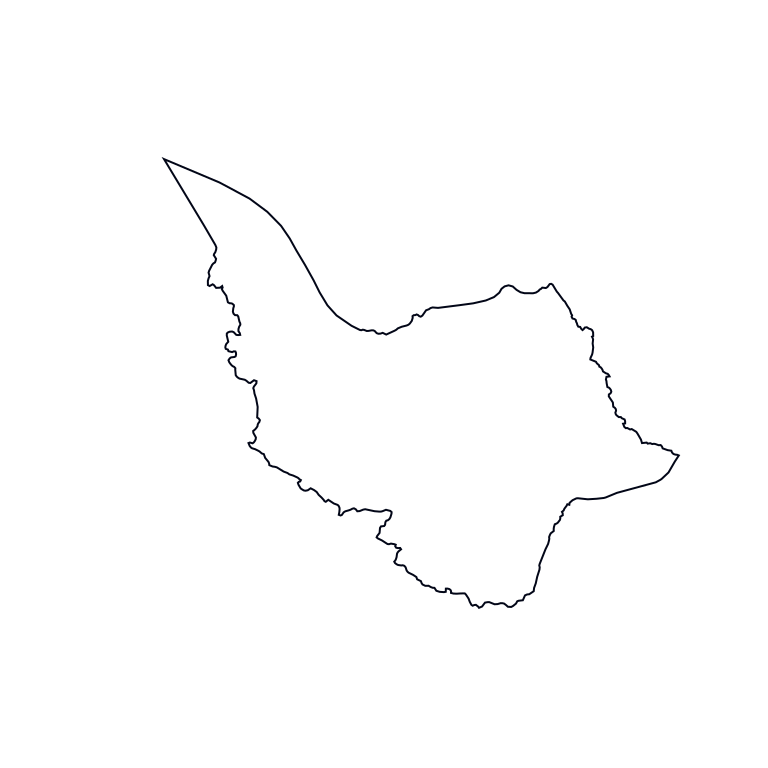 outline of Nyakach, Nyanza, Kenya, rotated 26°
{"feature_id": "3690345B60685501176062", "entity_name": "Nyakach", "entity_type": "district", "adm_level": 2, "iso_a3": "KEN", "parent_name": "Kenya", "parent_adm1": "Nyanza", "projection": "mercator", "projection_center": [34.915, -0.319], "detail": "fine", "context": "isolated", "style": "outline", "palette": "ink", "viewbox_px": 768, "rotation_deg": 26, "n_neighbors": 0, "source": "geoboundaries", "source_scale": "gbopen_adm2", "svg_char_len": 6164}
<svg xmlns="http://www.w3.org/2000/svg" viewBox="0 0 768 768"><g transform="rotate(26 384 384)"><path d="M609.4,504.6L608.3,501.5L607.8,496.7L606.2,490.1L605.1,482.7L604.3,480.5L603.1,479.0L602.8,477.5L601.6,461.8L601.6,455.8L600.9,452.3L600.4,450.6L599.5,449.2L599.3,447.3L599.3,445.2L601.0,441.7L600.0,439.8L599.4,437.9L599.0,435.2L600.3,433.8L601.0,432.5L601.7,429.1L601.4,427.6L600.6,426.0L602.2,423.6L601.2,421.8L600.0,420.9L600.9,418.9L600.8,417.0L601.5,413.4L601.5,411.7L603.5,411.3L602.9,409.4L604.4,405.8L607.0,402.5L608.3,401.7L617.7,398.3L625.3,394.0L631.5,390.1L633.0,388.8L641.1,379.7L671.4,353.2L674.5,348.8L675.2,347.5L678.5,338.8L679.4,326.2L680.3,319.0L678.6,319.1L676.6,319.8L674.8,320.0L672.9,319.3L671.5,318.0L668.0,319.1L662.7,319.7L661.2,318.3L659.4,317.6L657.7,318.6L654.2,319.0L652.8,319.4L651.4,320.4L649.3,320.5L647.1,322.0L645.8,321.5L641.8,324.0L639.3,321.3L633.5,317.4L631.7,316.4L626.4,315.9L625.1,317.0L621.9,316.9L620.7,317.7L618.8,317.2L616.3,314.9L618.0,313.7L617.0,311.7L615.8,310.4L612.7,310.5L611.4,309.9L609.5,310.8L606.5,310.1L605.4,309.4L604.5,308.3L604.3,306.3L603.4,305.0L601.9,304.2L600.0,303.9L597.8,300.3L591.5,296.6L590.7,294.8L591.7,293.1L591.7,291.3L590.6,290.0L589.3,289.2L587.9,288.7L586.1,288.8L583.7,285.6L582.6,283.8L581.5,282.7L580.8,280.0L583.4,278.3L582.1,277.4L580.6,276.8L578.7,277.1L575.3,276.7L574.4,275.7L573.0,274.7L571.4,274.0L569.9,274.0L569.1,272.9L566.2,272.1L564.8,271.1L558.7,271.5L558.2,270.1L558.1,266.2L557.7,264.4L556.0,259.4L553.8,256.2L552.4,252.3L551.4,251.2L550.2,250.3L551.0,249.2L549.3,245.9L547.5,244.4L545.8,244.1L544.1,244.4L541.4,244.1L539.7,245.3L539.4,247.2L538.8,248.5L537.0,247.9L535.3,246.7L533.5,247.3L531.9,246.2L530.8,244.9L529.4,243.8L528.3,242.4L526.8,242.1L524.7,242.5L523.1,241.3L523.0,239.8L521.5,238.9L518.2,235.5L514.4,233.3L510.4,230.6L508.6,230.2L500.5,225.9L498.8,225.2L492.0,220.8L490.3,220.7L489.1,221.6L488.4,225.2L487.4,226.8L484.0,228.0L483.4,229.7L482.5,230.9L482.1,232.6L480.5,235.2L478.2,237.1L470.4,240.8L466.5,241.7L461.9,241.3L457.0,239.9L452.7,240.7L449.6,243.4L447.9,246.9L447.6,251.4L444.8,257.6L438.9,264.3L428.8,272.4L417.1,280.2L399.2,291.9L394.1,293.9L392.5,295.4L391.6,297.1L389.5,299.3L388.5,305.7L387.5,307.4L385.9,307.6L384.4,307.1L382.8,307.2L382.0,308.3L380.5,309.2L379.9,310.5L380.8,312.0L381.3,315.1L380.7,318.4L380.0,320.0L378.7,321.5L374.8,324.8L372.0,328.0L371.3,329.8L370.2,331.4L364.3,338.6L360.4,338.6L358.7,340.3L356.9,341.3L355.1,341.5L352.3,340.4L350.8,340.5L349.3,341.2L346.9,343.0L345.3,343.9L342.5,344.1L341.1,344.5L340.2,345.5L338.8,346.0L329.3,345.9L311.3,343.2L298.7,338.1L286.0,329.9L275.3,321.7L260.8,311.6L246.7,302.4L235.4,294.5L222.2,287.0L203.6,280.4L181.9,276.3L147.8,275.0L87.7,278.3L152.8,320.5L171.5,333.0L173.5,334.8L174.2,336.7L174.4,338.1L174.6,339.7L174.3,341.3L174.5,342.8L178.2,345.1L178.6,346.9L178.8,348.8L177.8,350.4L177.3,352.2L177.2,358.9L177.5,360.8L179.9,363.5L180.0,365.9L180.5,368.6L182.4,372.3L184.3,372.4L186.3,369.5L187.9,369.7L191.0,371.2L194.4,369.3L195.6,366.9L196.7,368.1L196.6,369.7L198.1,370.9L203.5,373.8L207.9,379.0L209.9,379.1L211.2,378.5L212.5,378.3L214.5,378.9L215.1,380.2L215.3,381.9L216.5,385.3L218.0,386.8L219.9,387.4L222.0,386.5L223.4,387.2L226.7,391.3L228.1,392.4L228.9,393.7L228.7,396.0L229.1,398.4L230.0,400.3L232.1,401.5L233.2,402.9L231.4,404.0L229.7,404.6L226.2,403.3L224.5,403.4L222.3,404.7L221.1,406.1L220.6,407.5L221.4,409.3L225.5,414.3L224.7,417.2L224.8,418.9L225.3,420.6L226.4,421.8L228.6,421.5L229.8,422.7L233.5,421.9L234.7,420.5L236.2,419.9L237.3,420.9L238.2,422.5L238.5,424.2L237.7,425.3L234.9,427.1L234.1,428.6L233.8,430.8L235.4,432.3L236.9,433.1L238.9,434.0L240.3,434.3L241.9,434.3L243.5,435.0L244.0,436.3L246.9,441.1L248.4,441.9L249.8,442.3L251.7,442.5L257.0,441.2L258.9,441.4L261.8,442.2L263.4,441.7L265.5,437.6L268.2,437.3L269.0,439.4L268.2,443.3L268.3,445.0L269.9,446.6L271.8,449.4L275.4,453.1L280.5,460.0L284.7,469.7L286.6,470.0L288.3,470.9L288.6,473.0L288.2,474.5L288.3,475.9L288.8,477.5L288.6,479.1L288.1,481.2L287.0,483.6L288.0,485.2L292.3,488.2L292.9,489.9L292.9,491.7L292.6,493.5L291.9,494.9L289.1,495.4L288.1,496.5L290.5,498.6L292.2,499.4L293.5,499.6L296.7,499.1L300.0,499.1L301.7,499.2L304.6,500.0L306.7,499.7L309.6,502.5L314.4,504.7L315.6,505.8L316.5,507.2L320.0,507.0L322.1,506.3L324.2,505.9L332.2,506.7L336.3,506.3L338.5,506.7L342.5,506.1L346.8,506.0L348.2,506.1L349.9,506.7L351.4,506.8L351.4,508.3L350.3,509.3L349.9,510.6L351.4,512.1L354.9,514.4L357.0,514.7L358.7,514.8L360.3,514.3L362.1,512.9L363.8,509.9L367.7,510.0L370.9,510.6L373.9,512.3L377.6,513.4L380.6,514.6L381.9,515.4L383.3,515.4L384.7,512.5L391.3,513.4L395.3,513.0L396.6,513.4L398.1,514.6L398.9,515.8L400.1,519.0L400.7,521.4L402.6,521.2L403.5,520.2L404.0,517.0L405.0,515.4L407.5,513.2L409.0,511.7L410.2,510.0L411.5,508.9L413.6,509.0L415.8,510.1L417.8,508.9L420.4,506.0L422.0,504.8L431.2,502.5L435.6,500.8L437.1,500.1L438.4,499.0L440.9,496.2L445.3,495.3L447.0,495.8L447.6,497.3L448.2,501.1L448.0,503.1L447.2,504.8L446.0,505.8L445.8,507.5L446.7,510.1L446.4,511.6L443.7,513.3L443.5,515.1L445.3,519.8L444.5,523.6L444.6,525.1L446.3,525.5L450.7,525.5L457.3,526.3L458.7,525.8L460.2,524.4L463.7,523.4L465.0,523.3L465.2,524.9L466.7,525.8L468.4,525.4L470.4,524.3L471.8,525.1L470.4,528.2L470.1,529.4L470.1,530.8L471.2,534.1L471.5,536.1L471.5,537.6L471.1,539.2L472.4,540.1L474.4,540.5L476.0,540.5L479.1,539.5L480.3,538.7L482.0,538.5L483.8,539.3L486.1,541.7L487.4,542.4L488.8,542.8L493.8,542.8L497.7,543.3L499.4,545.0L503.6,545.0L505.0,546.4L506.5,547.3L509.6,547.3L512.5,545.8L515.2,546.0L517.1,545.8L518.7,545.1L521.7,546.9L525.1,546.4L529.1,544.8L530.6,543.7L529.3,540.8L530.6,540.1L532.4,539.7L533.9,539.9L535.1,540.8L535.8,542.4L538.3,541.9L541.3,540.6L544.6,538.7L548.4,536.8L549.9,537.3L554.1,539.8L556.6,542.2L559.4,544.2L560.9,544.4L562.0,543.1L563.4,542.2L566.2,542.8L567.5,543.5L569.7,541.0L570.6,536.2L573.0,534.5L574.3,533.9L579.9,533.5L582.6,532.0L585.0,529.8L586.6,529.1L588.2,528.7L590.7,529.2L593.0,529.9L596.1,528.6L597.3,526.9L598.9,523.5L599.0,520.9L600.0,519.8L603.6,517.5L603.4,512.2L604.9,510.4L606.7,509.3L609.4,504.6Z" fill="none" stroke="#020617" stroke-width="2"/></g></svg>